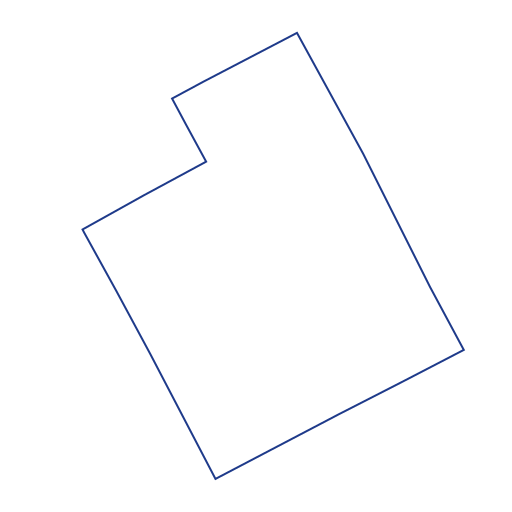 the district of Genesee, Michigan, United States of America, rotated 153°
{"feature_id": "52423323B57804911654438", "entity_name": "Genesee", "entity_type": "district", "adm_level": 2, "iso_a3": "USA", "parent_name": "United States of America", "parent_adm1": "Michigan", "projection": "albers", "projection_center": [-83.695, 43.002], "detail": "fine", "context": "isolated", "style": "outline", "palette": "blue", "viewbox_px": 512, "rotation_deg": 153, "n_neighbors": 0, "source": "geoboundaries", "source_scale": "gbopen_adm2", "svg_char_len": 366}
<svg xmlns="http://www.w3.org/2000/svg" viewBox="0 0 512 512"><g transform="rotate(153 256 256)"><path d="M118.2,436.2L223.6,435.2L259.3,434.4L258.7,404.8L257.6,362.7L328.2,361.0L398.5,358.4L398.5,355.0L396.3,287.6L394.7,216.8L393.3,75.8L253.9,77.4L183.3,77.5L113.5,78.0L115.0,149.4L114.1,298.5L118.2,436.2Z" fill="none" stroke="#1e3a8a" stroke-width="2"/></g></svg>